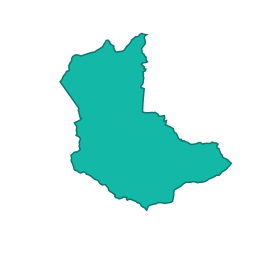 Presidente Kennedy, Tocantins, Brazil (Natural Earth projection), rotated 56°
{"feature_id": "56859067B50751334573389", "entity_name": "Presidente Kennedy", "entity_type": "district", "adm_level": 2, "iso_a3": "BRA", "parent_name": "Brazil", "parent_adm1": "Tocantins", "projection": "natural_earth1", "projection_center": [-48.462, -8.464], "detail": "fine", "context": "isolated", "style": "filled", "palette": "teal", "viewbox_px": 256, "rotation_deg": 56, "n_neighbors": 0, "source": "geoboundaries", "source_scale": "gbopen_adm2", "svg_char_len": 3218}
<svg xmlns="http://www.w3.org/2000/svg" viewBox="0 0 256 256"><g transform="rotate(56 128 128)"><path d="M53.6,95.0L52.3,94.0L48.3,95.7L46.3,95.0L44.1,95.4L43.2,97.1L44.1,98.6L45.5,101.8L46.5,103.9L46.4,108.4L46.2,110.7L46.4,112.9L44.6,117.3L43.5,121.4L42.6,124.3L42.0,126.7L40.9,127.5L39.6,128.6L38.3,130.3L37.8,131.8L37.9,133.8L38.8,135.7L41.1,137.5L41.5,139.5L43.4,142.3L45.1,143.2L47.5,144.7L46.7,147.3L47.7,148.9L48.4,150.6L48.7,152.4L49.9,154.2L50.9,155.7L51.6,158.4L84.2,157.7L85.5,159.3L88.0,160.1L89.8,160.8L93.0,162.0L94.1,161.1L94.6,162.9L94.3,166.5L93.8,168.2L93.7,169.6L95.4,169.7L96.9,169.6L98.3,169.8L100.1,171.3L101.7,172.5L103.7,172.9L105.1,175.1L106.5,174.3L108.7,173.3L110.0,173.5L111.3,174.6L112.2,176.2L114.7,177.5L115.6,178.6L116.9,179.1L119.0,179.6L119.5,183.2L118.5,185.0L118.1,186.5L118.5,188.0L118.7,190.5L121.3,191.5L122.8,193.0L124.7,193.8L126.1,193.8L127.4,194.3L129.2,194.5L132.0,195.7L133.7,195.4L134.8,194.2L136.6,193.7L138.6,192.8L139.2,191.5L139.2,190.0L140.2,188.8L141.5,188.2L143.2,188.3L144.5,186.9L145.9,186.4L147.1,185.5L149.1,185.2L151.6,184.4L153.8,182.8L155.5,182.0L157.1,182.4L159.2,182.0L160.9,181.1L161.4,179.6L162.6,178.3L164.6,178.3L166.1,177.9L167.7,178.2L169.0,178.8L170.6,178.4L172.4,177.4L174.4,176.7L176.2,176.0L177.3,177.2L178.8,177.2L180.3,175.5L181.7,175.1L182.5,172.9L182.7,170.6L183.7,168.9L185.1,167.8L186.0,169.1L187.5,168.9L187.8,166.6L189.2,165.2L191.4,163.9L193.0,162.6L195.1,162.1L196.4,160.8L198.2,160.2L200.0,160.6L202.0,159.8L203.6,158.8L205.3,158.8L206.6,158.5L204.1,154.8L204.4,152.5L205.5,149.2L206.5,147.1L206.6,144.9L209.1,141.4L210.8,140.0L212.1,137.2L213.7,134.0L213.5,131.9L210.6,128.9L208.7,127.2L206.7,125.9L205.3,124.1L205.5,120.7L205.8,116.3L205.3,113.8L205.3,110.5L207.8,106.7L209.1,103.6L210.8,102.0L212.3,100.9L213.3,98.4L214.5,96.5L215.4,94.2L215.6,92.2L215.5,89.7L216.5,84.9L216.7,81.2L218.2,78.6L216.9,74.2L217.2,72.1L217.2,69.5L216.4,67.0L215.7,63.9L214.9,62.1L213.2,62.7L211.2,62.9L209.5,63.4L207.8,64.4L205.5,65.9L203.1,65.2L200.9,65.4L198.3,64.9L196.0,64.2L194.5,65.2L192.7,64.6L191.7,62.4L189.7,63.2L188.5,65.1L186.6,66.2L187.0,67.8L186.2,69.4L184.8,71.0L182.7,75.5L180.7,75.9L179.7,77.5L179.2,80.3L178.3,82.4L176.8,85.0L175.0,86.0L173.3,86.5L172.0,87.8L170.5,88.3L169.3,89.5L168.7,91.1L167.2,90.1L166.5,91.6L164.8,92.1L162.6,91.4L159.3,91.0L158.1,91.8L156.5,91.9L154.0,90.9L150.4,92.5L148.6,93.8L147.2,94.3L146.1,95.4L144.8,93.3L143.4,92.0L142.7,94.2L141.0,93.6L140.5,92.2L139.3,91.4L138.0,91.0L137.3,92.5L136.7,94.2L135.2,95.9L133.4,95.4L131.5,96.2L130.0,96.9L129.7,98.4L128.6,99.2L127.8,100.8L125.4,104.8L122.8,107.0L114.5,100.8L104.5,92.6L101.5,94.7L100.2,93.6L99.9,91.4L98.6,89.9L96.8,88.4L95.2,86.8L93.1,86.2L92.1,85.0L89.8,84.3L90.3,81.7L89.3,80.3L87.8,81.7L86.4,80.2L82.7,81.6L82.3,79.5L83.6,76.7L84.0,74.8L82.1,74.9L80.8,74.5L79.4,73.4L77.4,73.9L76.0,73.5L74.5,74.1L73.2,74.1L71.9,73.3L69.8,72.4L68.6,69.2L68.0,67.0L65.8,65.2L64.1,64.5L62.5,64.4L61.1,62.5L61.1,60.3L59.2,62.4L57.3,63.6L57.0,66.0L58.0,68.1L56.5,70.8L56.8,72.4L57.0,75.8L58.0,77.0L59.0,79.4L59.3,81.1L59.7,83.8L60.5,85.7L61.3,87.0L61.3,89.4L59.4,93.2L58.5,95.4L57.1,95.5L55.5,95.6L53.6,95.0Z" fill="#14b8a6" stroke="#0f766e" stroke-width="1.5"/></g></svg>